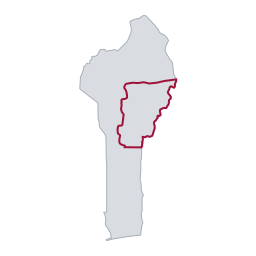 Borgou on a map of Benin (Natural Earth projection)
{"feature_id": "BEN-2169", "entity_name": "Borgou", "entity_type": "Department", "adm_level": 1, "iso_a3": "BEN", "parent_name": "Benin", "parent_adm1": "", "projection": "natural_earth1", "projection_center": [2.675, 9.701], "detail": "medium", "context": "in_parent", "style": "outline", "palette": "rose", "viewbox_px": 256, "rotation_deg": 0, "n_neighbors": 0, "source": "natural_earth", "source_scale": "10m", "svg_char_len": 3567}
<svg xmlns="http://www.w3.org/2000/svg" viewBox="0 0 256 256"><path d="M106.6,240.6L106.3,239.4L111.5,237.8L110.4,233.0L107.2,227.3L105.9,226.3L105.2,223.5L106.0,221.6L105.6,220.4L105.4,216.5L103.8,212.3L106.7,212.1L106.7,198.6L106.7,185.5L106.7,174.4L106.7,165.6L106.2,155.1L106.1,147.4L106.0,137.2L104.9,134.0L100.5,128.6L99.3,125.8L99.1,122.1L98.1,118.3L98.0,111.6L97.9,103.8L97.5,102.6L92.7,98.9L85.9,93.6L80.7,89.6L80.3,89.3L79.8,88.4L80.5,76.5L81.6,75.0L83.3,70.1L84.1,66.2L84.9,66.2L85.9,64.9L86.8,63.1L87.7,63.5L89.2,63.8L89.9,63.2L89.8,61.7L90.3,60.2L91.5,59.6L91.8,58.3L91.8,56.7L92.8,56.3L94.6,56.4L96.0,55.9L97.2,55.2L98.7,52.1L99.5,51.0L99.8,50.3L100.6,49.6L103.0,49.3L104.9,49.5L106.1,51.3L114.1,49.7L118.0,50.7L125.8,42.9L127.6,40.7L130.0,35.2L130.8,33.2L131.5,29.4L130.0,22.5L130.1,21.3L133.3,19.8L137.4,18.6L138.9,18.5L140.0,18.0L141.4,16.5L143.8,15.4L145.2,15.7L146.1,15.9L154.6,25.1L158.3,29.7L159.3,32.1L161.2,33.8L164.0,34.8L166.6,37.2L168.6,40.5L167.3,42.8L165.3,47.7L165.2,51.5L170.0,59.5L170.5,60.3L171.8,61.5L172.4,63.0L173.0,67.0L173.3,71.4L173.7,74.4L176.0,78.6L176.1,80.3L174.6,86.6L174.2,87.2L173.8,87.4L171.3,86.9L170.2,87.5L168.9,89.7L168.1,91.8L168.1,92.7L170.2,96.6L168.9,102.3L167.5,105.9L164.9,107.9L162.7,108.4L161.1,109.3L160.2,110.6L160.3,114.6L157.0,118.4L155.1,120.9L154.2,122.5L154.6,127.3L153.4,132.1L151.4,136.0L146.8,136.8L142.9,137.2L141.6,147.0L141.6,153.1L141.3,159.4L140.6,162.0L140.9,165.6L140.6,173.7L140.1,180.1L140.8,181.9L141.2,185.6L141.2,189.5L142.1,192.3L143.2,194.6L143.2,195.9L142.6,196.6L142.1,197.6L142.1,206.8L142.3,209.6L142.0,211.3L141.2,212.8L141.5,217.4L142.2,220.4L142.9,222.6L142.2,224.4L141.7,226.8L140.8,232.9L140.7,235.1L127.5,236.6L112.8,239.0L106.6,240.6Z" fill="#d9dde1" stroke="#a8b0b8" stroke-width="1"/><path d="M176.2,79.4L176.2,80.6L176.0,81.5L175.2,83.4L174.9,84.3L174.9,86.2L174.7,86.9L174.2,87.6L173.7,87.7L171.7,86.5L171.0,86.3L170.4,86.6L169.6,87.6L169.4,89.0L168.6,90.4L167.9,92.0L168.0,92.7L168.4,93.6L170.5,96.1L170.8,96.6L170.9,97.1L170.8,98.0L170.5,98.8L169.7,99.4L169.2,99.9L169.0,100.5L168.8,103.6L168.5,104.4L167.5,105.8L166.6,107.5L166.1,108.1L164.2,107.9L163.0,108.2L160.7,109.3L160.2,109.7L159.9,110.5L159.9,111.3L160.0,112.0L160.3,113.1L160.6,114.2L160.4,115.2L159.4,115.9L158.2,115.7L157.7,115.9L157.4,116.8L157.7,117.5L155.7,120.6L155.5,120.8L154.7,121.2L154.1,122.3L154.0,123.3L154.7,126.1L154.7,128.5L154.5,129.2L153.9,130.6L152.8,134.4L152.4,135.5L151.6,136.2L149.4,136.8L149.1,136.8L148.1,136.2L147.8,136.2L146.5,136.3L145.6,137.1L145.1,137.2L142.7,136.9L142.8,137.9L142.8,140.2L142.6,141.2L142.0,142.1L142.1,142.4L142.4,142.6L142.5,142.8L142.5,143.4L142.0,145.0L142.2,145.9L142.2,146.2L141.5,146.7L141.3,146.9L141.3,147.4L124.7,147.2L124.9,145.9L124.7,145.7L121.3,144.5L120.1,143.7L119.7,143.1L119.5,142.6L119.3,141.2L119.4,139.4L119.6,137.8L120.1,135.9L120.1,135.4L119.8,134.9L118.6,134.2L117.9,133.2L117.7,132.2L117.6,131.1L117.6,129.0L117.8,127.8L118.2,126.2L118.9,125.7L121.7,125.5L122.1,125.1L122.4,124.4L123.6,115.0L123.6,114.5L123.3,113.9L122.2,112.5L121.8,111.8L121.1,109.6L121.1,108.5L121.4,106.6L121.6,105.5L121.6,104.8L121.3,103.0L121.7,102.4L121.7,102.1L121.5,101.3L121.3,100.5L121.5,100.0L121.7,99.7L122.3,99.2L124.9,98.9L126.1,98.4L126.6,98.0L127.0,97.6L127.1,96.4L126.8,93.8L126.3,91.5L125.6,89.8L124.7,88.7L124.3,87.8L124.3,86.8L124.5,86.2L124.9,85.4L125.7,84.2L126.6,83.6L128.1,83.6L129.7,83.1L131.3,83.0L132.9,82.7L137.9,83.1L142.9,82.3L144.6,82.4L149.2,83.5L156.8,82.7L164.3,81.0L176.2,79.4Z" fill="none" stroke="#9f1239" stroke-width="2"/></svg>